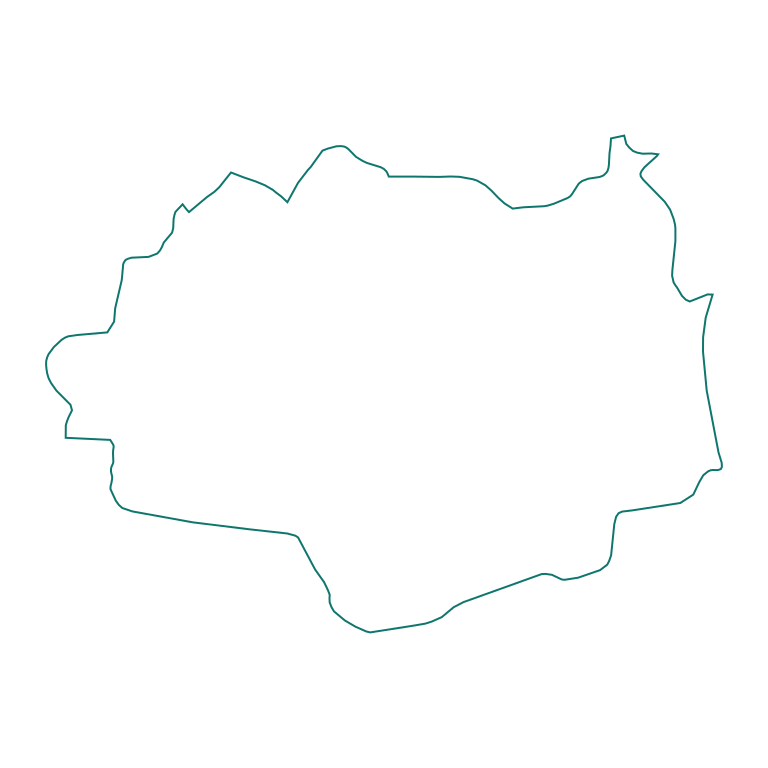 the border of Dundgovi
{"feature_id": "MNG-3325", "entity_name": "Dundgovi", "entity_type": "Province", "adm_level": 1, "iso_a3": "MNG", "parent_name": "Mongolia", "parent_adm1": "", "projection": "albers", "projection_center": [106.117, 45.486], "detail": "fine", "context": "isolated", "style": "outline", "palette": "teal", "viewbox_px": 768, "rotation_deg": 0, "n_neighbors": 0, "source": "natural_earth", "source_scale": "10m", "svg_char_len": 2711}
<svg xmlns="http://www.w3.org/2000/svg" viewBox="0 0 768 768"><path d="M512.7,208.6L523.3,207.3L544.4,206.2L547.7,205.6L554.2,203.6L567.6,198.0L570.1,196.4L571.9,194.3L578.5,184.0L579.6,182.9L582.2,181.0L588.3,178.7L599.5,177.0L602.5,175.9L604.0,175.0L606.4,172.6L607.4,171.2L608.4,168.2L608.9,165.0L609.5,153.3L610.5,146.0L611.0,138.4L624.2,135.6L626.3,143.9L629.2,147.5L632.9,150.9L637.0,152.6L642.5,153.7L651.6,153.5L658.1,154.3L656.9,156.0L644.5,167.2L641.6,171.0L640.4,173.8L640.8,176.4L643.2,179.7L664.7,201.7L670.1,209.6L673.6,218.8L675.0,224.5L675.4,228.3L675.4,241.2L672.4,269.9L672.1,275.7L673.6,282.4L675.2,285.0L677.0,287.5L682.0,295.9L685.8,299.7L689.7,301.5L707.6,294.4L712.6,294.6L705.7,317.7L703.1,337.3L703.0,351.6L706.7,390.6L718.5,452.4L721.7,462.8L721.9,466.8L720.9,469.0L718.0,470.1L712.7,470.0L710.5,470.3L708.2,471.3L703.3,475.2L699.3,482.0L693.3,494.6L680.3,503.0L632.2,510.4L622.0,511.6L618.6,513.2L616.1,516.8L614.3,524.1L611.1,555.4L609.1,561.1L607.2,564.7L600.1,570.1L578.1,577.7L564.5,579.8L561.8,579.5L551.9,574.8L545.6,573.9L541.6,574.1L463.5,602.1L453.7,607.2L441.8,617.1L431.7,621.6L425.4,623.6L413.2,625.7L370.2,632.4L366.1,631.4L355.5,626.7L344.9,620.5L334.0,611.4L331.6,607.4L329.7,602.5L329.5,598.4L329.7,594.8L327.9,590.1L324.1,582.2L315.1,569.5L298.1,537.5L295.4,535.7L287.3,533.5L248.5,529.2L192.5,522.3L132.3,511.4L122.3,508.0L118.9,505.0L115.8,500.7L110.5,489.2L110.5,487.1L110.7,485.7L111.3,483.6L112.1,479.1L112.2,476.9L111.9,475.4L111.4,473.6L111.0,471.5L111.0,470.3L111.0,469.1L111.2,467.9L111.5,466.8L112.7,464.1L113.1,463.1L113.3,462.0L113.3,460.8L113.0,453.4L113.1,450.8L113.6,447.3L113.6,446.2L113.5,445.4L112.8,444.0L110.2,439.9L65.7,437.8L65.8,425.3L67.0,421.2L68.5,417.4L72.0,410.3L70.5,404.8L56.4,390.6L51.1,383.1L48.6,378.2L47.3,373.9L46.5,369.3L46.1,364.8L46.2,361.0L47.1,357.5L48.6,354.1L53.9,347.0L61.6,339.8L64.9,337.7L68.3,336.3L77.3,335.0L107.3,332.4L114.1,321.6L115.2,308.2L121.7,280.3L122.0,277.6L123.2,264.2L123.9,262.4L125.4,260.1L127.6,258.9L131.4,257.7L148.5,256.9L157.2,253.6L160.1,250.3L162.0,246.8L163.8,242.5L172.1,232.6L173.2,228.2L173.6,219.0L174.5,214.7L175.5,211.8L182.6,204.3L186.2,209.0L189.0,212.1L206.9,197.1L214.4,191.8L219.2,187.3L231.0,172.5L243.2,177.2L255.8,181.5L265.0,185.3L273.0,190.0L276.1,192.6L281.2,196.4L287.4,202.2L298.0,182.9L307.9,170.0L310.7,167.0L322.5,150.6L327.8,148.6L336.4,146.3L341.2,146.1L344.3,146.6L345.7,147.2L348.2,148.9L356.2,157.0L362.6,160.9L367.1,163.0L381.0,167.3L383.8,168.9L386.2,171.2L387.1,172.6L388.8,176.6L413.8,176.6L439.2,176.9L450.6,176.5L459.4,176.8L472.7,179.2L477.1,180.6L485.4,185.3L491.1,190.3L498.7,198.2L504.5,203.4L512.7,208.6Z" fill="none" stroke="#0f766e" stroke-width="2"/></svg>